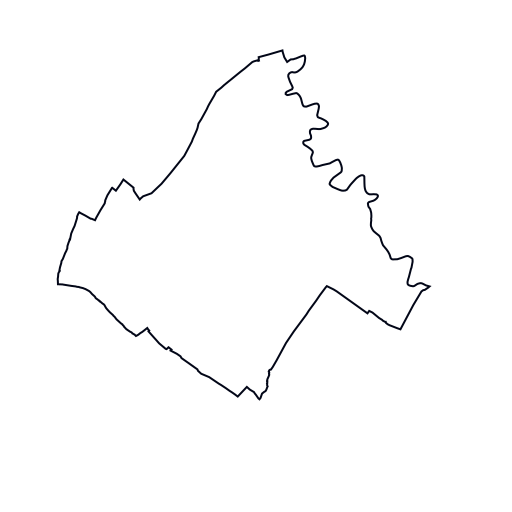 Cavadinesti, Galati, Romania, rotated 319°
{"feature_id": "2599482B39355848993801", "entity_name": "Cavadinesti", "entity_type": "district", "adm_level": 2, "iso_a3": "ROU", "parent_name": "Romania", "parent_adm1": "Galati", "projection": "equal_earth", "projection_center": [28.047, 46.057], "detail": "fine", "context": "isolated", "style": "outline", "palette": "ink", "viewbox_px": 512, "rotation_deg": 319, "n_neighbors": 0, "source": "geoboundaries", "source_scale": "gbopen_adm2", "svg_char_len": 6139}
<svg xmlns="http://www.w3.org/2000/svg" viewBox="0 0 512 512"><g transform="rotate(319 256 256)"><path d="M411.1,130.4L406.8,130.0L407.7,124.7L410.0,119.5L410.8,118.2L397.5,112.1L388.5,107.7L388.2,108.2L386.8,109.7L386.4,110.5L385.7,110.2L385.9,109.6L385.7,109.4L382.3,107.8L380.5,107.2L370.7,107.1L365.3,106.8L344.2,106.1L340.2,106.2L333.7,105.9L329.5,107.6L320.6,110.6L318.0,111.6L315.2,112.9L304.6,116.8L299.5,118.3L296.0,120.9L294.1,122.0L290.2,123.9L285.3,126.1L282.6,127.6L273.3,131.2L267.5,133.4L245.5,137.4L232.0,139.5L226.9,139.7L218.3,140.1L210.0,136.9L206.8,136.9L205.3,137.1L206.2,129.4L206.6,126.7L207.2,125.6L207.8,124.7L208.4,124.1L206.1,111.3L200.8,112.9L193.1,114.8L192.7,112.6L192.4,111.2L192.3,110.2L192.1,110.1L183.7,112.7L178.7,115.1L178.2,115.7L177.1,116.4L176.4,117.0L175.8,117.2L168.6,119.4L160.5,122.3L158.0,123.4L156.4,120.1L155.7,119.4L153.7,113.5L151.9,108.9L151.3,107.0L149.4,107.6L146.9,108.8L146.0,109.8L145.3,110.3L138.8,114.3L135.8,115.6L131.3,117.8L126.8,121.3L126.7,121.0L126.0,121.3L125.3,121.9L123.0,123.1L120.2,124.8L118.3,126.7L117.6,126.9L116.4,127.6L113.4,128.8L113.1,129.0L108.3,131.5L105.8,132.3L104.5,133.5L100.6,136.0L98.2,137.9L98.3,138.3L98.0,138.6L96.5,138.9L95.2,139.6L94.4,140.4L93.1,141.7L91.2,143.3L90.1,144.8L88.0,147.4L91.2,150.4L92.0,151.4L93.0,152.6L97.1,157.5L99.8,160.5L100.9,162.1L102.0,163.1L102.2,163.7L104.4,166.8L105.0,168.0L105.6,169.1L106.8,172.3L107.1,173.2L107.3,174.6L107.3,177.3L107.7,180.3L107.7,181.2L107.4,182.6L107.5,183.3L107.9,184.7L108.3,187.6L108.5,187.5L109.0,191.4L109.2,191.8L109.4,192.5L109.4,193.7L108.9,196.0L108.7,197.3L108.7,200.3L108.8,202.7L109.3,206.6L109.2,207.6L109.4,209.1L109.2,211.8L109.2,212.5L109.9,218.4L110.1,219.2L110.3,219.7L110.3,220.0L110.1,220.7L110.3,221.7L110.0,223.0L110.1,223.4L110.1,225.3L110.2,226.5L110.5,227.2L110.5,227.6L110.8,228.6L111.3,230.5L111.8,231.6L112.0,232.3L111.9,233.5L112.3,234.1L112.5,235.0L112.8,235.5L112.9,237.6L115.5,238.2L118.2,238.3L120.4,238.7L126.7,239.0L126.4,240.9L126.5,242.2L125.4,242.4L125.6,258.4L126.9,266.8L127.4,267.6L130.1,267.5L130.8,271.2L129.5,271.4L132.1,277.9L133.2,282.2L132.8,284.2L137.4,303.1L136.9,304.6L137.4,308.9L141.2,316.7L144.2,328.0L145.0,330.4L146.5,335.8L147.6,340.4L148.4,343.1L149.3,346.7L150.0,350.1L163.2,348.8L163.7,352.8L165.1,357.1L165.2,357.5L164.9,358.9L164.9,360.4L164.4,365.0L164.6,366.4L166.3,366.1L170.3,363.8L172.9,363.9L174.5,364.2L175.3,364.0L176.6,363.4L178.2,362.5L179.3,362.0L179.5,361.0L179.8,360.6L180.8,359.6L180.7,359.4L181.5,358.8L181.5,358.6L181.6,358.8L182.2,358.2L182.6,357.7L182.4,357.5L182.5,357.4L182.8,357.4L183.1,357.0L183.7,356.5L186.5,355.2L188.0,354.4L188.0,354.2L188.8,353.1L189.0,353.1L189.6,352.6L189.9,351.9L189.8,351.6L190.5,351.2L191.5,350.9L192.6,351.3L192.7,351.5L193.1,351.5L193.6,351.3L195.7,350.8L203.0,348.3L221.7,341.3L235.2,337.7L255.7,333.2L260.0,331.9L272.0,329.2L278.4,327.5L288.1,325.4L289.7,325.2L292.6,332.1L293.7,335.6L302.5,372.4L305.4,371.7L306.8,375.1L308.2,383.5L309.3,387.0L309.3,388.0L310.2,390.4L310.7,390.8L310.2,391.8L310.6,393.9L311.3,395.7L315.3,403.3L316.9,406.1L342.6,396.2L357.6,391.3L359.8,391.5L361.1,392.3L365.1,392.8L367.0,392.8L365.0,389.7L363.7,386.4L363.2,385.4L362.7,384.8L362.2,384.3L361.5,383.9L359.8,383.1L359.0,382.9L356.0,382.5L355.2,382.2L354.6,381.8L353.0,379.8L352.4,378.8L352.2,378.3L352.0,377.5L352.0,377.0L352.3,376.3L353.2,375.1L353.7,374.7L355.4,373.5L357.7,372.1L364.5,367.4L365.7,366.8L370.4,363.1L371.8,361.4L372.2,360.6L372.2,360.0L371.6,357.6L370.8,355.9L370.1,355.2L368.7,354.4L364.3,352.8L360.6,351.2L357.1,348.4L356.6,347.8L356.3,347.2L356.3,345.9L357.5,343.2L357.9,342.1L358.5,339.5L358.8,336.7L358.9,331.3L359.5,329.4L360.6,326.6L361.8,324.2L362.2,322.3L362.2,321.2L361.5,317.3L361.1,314.5L361.3,312.4L361.6,311.2L362.2,309.3L362.9,308.1L364.6,306.3L366.4,304.7L367.5,303.2L368.2,302.7L369.5,301.3L371.1,299.2L371.6,298.4L373.0,295.4L373.2,292.8L373.5,292.0L373.9,291.3L374.9,289.8L375.4,289.5L376.1,289.4L376.9,289.5L380.9,291.3L382.8,291.7L385.0,291.7L386.7,291.2L387.4,290.7L387.7,290.1L387.6,289.3L387.4,288.6L385.3,286.5L383.2,284.9L382.2,284.0L381.7,283.1L381.2,281.6L381.2,280.2L381.5,278.5L382.5,276.4L383.7,274.6L385.6,272.2L389.8,267.2L390.0,266.6L389.9,265.9L389.6,265.2L388.6,264.3L387.8,263.9L385.7,263.4L383.1,263.2L381.6,263.3L375.5,264.0L373.6,264.3L368.2,265.6L366.5,265.2L365.0,264.2L363.7,263.0L362.8,261.6L361.6,259.3L359.1,254.1L358.6,251.1L358.8,249.9L360.2,249.0L361.4,248.5L362.4,248.2L366.0,247.7L374.7,248.5L375.7,248.4L376.3,248.1L376.8,247.7L378.2,246.3L378.8,245.5L379.8,243.6L380.9,240.7L381.4,238.4L381.3,237.6L381.1,237.1L380.6,236.7L379.1,236.0L374.9,235.0L372.4,234.5L365.9,231.0L362.8,229.6L360.7,228.4L359.9,227.8L359.4,227.2L359.0,226.6L358.9,225.8L359.6,223.5L360.5,220.9L361.5,218.9L362.0,218.2L362.7,217.5L364.6,216.4L366.0,215.7L367.0,215.0L367.5,214.0L367.6,213.3L367.5,212.3L367.3,210.5L366.6,207.5L365.5,204.0L365.4,203.3L365.5,202.4L365.8,201.7L366.3,201.2L366.8,200.8L367.5,200.7L368.0,200.8L372.4,203.2L373.7,203.5L374.3,203.4L374.8,203.2L375.3,202.8L376.0,201.9L376.5,201.1L377.3,198.8L378.2,197.6L378.7,197.1L379.9,196.5L380.7,196.6L381.4,196.8L382.6,197.4L384.5,199.2L386.4,201.2L388.0,202.5L390.9,203.8L392.3,204.3L394.2,204.5L395.9,204.2L396.5,204.0L397.3,203.3L397.6,202.2L397.3,199.8L396.3,197.0L395.3,194.7L394.4,193.2L393.8,191.9L393.9,191.3L394.6,189.8L399.9,186.0L401.6,184.5L402.0,183.9L402.5,182.4L402.4,181.7L402.0,180.9L400.2,179.6L398.0,178.6L392.2,176.4L391.0,175.4L390.2,174.2L390.4,172.7L390.9,171.4L393.1,167.0L393.6,165.6L394.0,163.5L394.0,162.1L393.8,160.6L393.6,160.0L393.2,159.4L390.5,157.9L386.4,155.9L385.1,155.0L384.6,153.3L385.4,152.4L386.9,152.2L389.9,153.0L392.7,153.8L394.1,153.1L394.7,151.7L396.0,146.8L397.6,142.7L398.3,141.4L399.4,140.4L401.0,140.0L402.5,140.2L403.9,140.9L404.8,142.1L405.9,143.1L407.3,143.8L408.7,144.1L410.3,144.2L411.8,144.3L413.4,144.2L415.0,144.0L416.5,143.5L418.0,142.9L419.2,142.1L420.4,141.3L422.9,139.0L423.1,138.7L424.0,137.2L424.0,136.4L423.0,135.7L420.7,134.8L415.7,133.1L414.3,132.4L413.4,132.1L411.1,130.4Z" fill="none" stroke="#020617" stroke-width="2"/></g></svg>